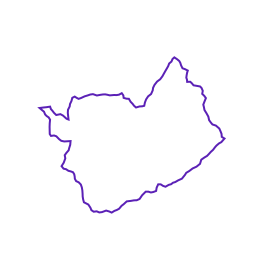 Ocauçu, São Paulo, Brazil, rotated 46°
{"feature_id": "56859067B65296582984001", "entity_name": "Ocauçu", "entity_type": "district", "adm_level": 2, "iso_a3": "BRA", "parent_name": "Brazil", "parent_adm1": "São Paulo", "projection": "mercator", "projection_center": [-49.95, -22.434], "detail": "fine", "context": "isolated", "style": "outline", "palette": "violet", "viewbox_px": 256, "rotation_deg": 46, "n_neighbors": 0, "source": "geoboundaries", "source_scale": "gbopen_adm2", "svg_char_len": 2412}
<svg xmlns="http://www.w3.org/2000/svg" viewBox="0 0 256 256"><g transform="rotate(46 128 128)"><path d="M177.5,198.5L178.2,195.3L179.2,193.0L179.9,190.5L179.5,186.7L179.8,184.1L179.9,179.9L182.4,176.6L184.3,173.8L186.0,172.0L187.1,169.0L186.2,164.6L186.1,159.5L187.9,157.6L190.3,156.3L191.6,154.3L192.8,151.5L190.8,148.8L189.5,145.4L191.3,143.6L194.0,143.0L196.3,141.8L197.2,138.2L198.4,136.0L198.6,133.7L199.7,131.6L200.5,128.3L201.9,124.4L201.3,119.6L200.7,117.2L201.5,113.8L202.0,109.6L203.4,105.6L203.8,101.1L201.7,97.3L202.3,93.5L203.0,90.5L202.9,87.8L202.7,84.9L202.8,82.0L202.3,78.9L202.1,76.6L202.3,73.2L203.0,70.7L202.6,65.9L199.5,66.7L197.2,64.8L194.8,63.8L191.8,62.7L187.3,63.1L184.1,64.8L181.5,64.6L178.7,64.2L175.6,62.3L171.9,61.3L168.2,60.5L165.9,59.0L163.5,57.6L162.0,54.4L160.6,51.2L157.8,50.8L155.0,50.9L153.2,48.4L150.3,47.3L148.2,47.3L145.7,49.1L142.8,51.2L140.2,51.0L138.0,51.1L135.9,53.4L134.2,52.0L132.3,51.1L130.8,49.2L129.3,47.1L128.2,45.1L125.1,46.2L122.9,47.3L119.8,46.3L117.4,45.1L115.4,44.6L112.7,44.9L109.4,45.6L109.3,48.0L110.4,50.6L110.2,53.6L111.4,56.1L112.2,58.8L112.8,61.0L113.6,63.7L114.7,67.3L115.3,71.0L114.8,74.8L115.4,79.0L116.5,82.0L118.1,84.1L119.6,87.8L119.2,91.5L120.0,95.1L121.4,98.1L123.3,100.9L122.2,102.8L120.6,104.6L118.8,108.0L116.1,108.2L113.9,107.9L110.9,107.9L107.6,107.1L105.9,108.7L103.3,110.2L101.3,108.7L98.6,108.3L97.8,111.3L96.5,113.2L94.5,115.2L91.9,118.4L89.7,119.8L87.9,121.1L86.4,122.8L84.9,124.9L83.0,127.8L79.3,129.7L77.7,131.9L76.5,134.5L75.1,137.2L73.8,141.0L72.7,143.3L70.6,144.0L68.4,144.5L67.6,147.1L69.3,149.9L70.5,153.1L72.0,155.0L73.2,158.5L75.3,160.8L80.6,164.9L78.6,165.8L74.0,166.1L71.1,167.0L68.8,170.6L65.7,170.7L63.1,170.4L60.8,170.3L58.5,169.2L56.4,172.2L54.5,174.6L52.2,177.7L55.5,177.4L57.9,177.1L60.7,178.2L62.9,178.2L65.3,177.7L67.9,178.3L70.2,181.0L72.7,183.6L78.0,188.5L80.2,188.9L82.0,186.4L84.2,185.3L88.2,185.3L90.9,184.9L93.4,183.2L97.5,178.4L100.0,181.3L101.5,184.1L102.8,186.2L103.1,189.6L103.6,192.4L106.3,194.2L108.3,198.3L109.3,202.3L112.5,202.6L114.6,201.2L117.4,200.6L119.5,199.3L121.6,198.3L123.9,198.8L125.9,200.1L127.6,201.5L130.2,202.2L132.8,201.2L135.9,201.2L138.7,202.5L141.2,204.2L143.7,206.3L145.8,208.2L148.1,209.8L150.8,211.3L155.5,209.7L159.2,210.4L161.7,211.4L164.4,210.8L166.2,208.4L168.8,207.3L170.4,205.2L172.2,201.1L175.0,199.5L177.5,198.5Z" fill="none" stroke="#5b21b6" stroke-width="2"/></g></svg>